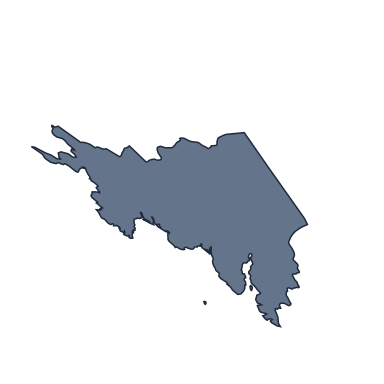 map outline of Norðurland eystra (Equal Earth projection), rotated 219°
{"feature_id": "ISL-702", "entity_name": "Norðurland eystra", "entity_type": "Region", "adm_level": 1, "iso_a3": "ISL", "parent_name": "Iceland", "parent_adm1": "", "projection": "equal_earth", "projection_center": [-17.153, 65.518], "detail": "fine", "context": "isolated", "style": "filled", "palette": "slate", "viewbox_px": 384, "rotation_deg": 219, "n_neighbors": 0, "source": "natural_earth", "source_scale": "10m", "svg_char_len": 6032}
<svg xmlns="http://www.w3.org/2000/svg" viewBox="0 0 384 384"><g transform="rotate(219 192 192)"><path d="M38.6,143.0L41.6,141.5L47.7,140.5L49.9,141.0L49.3,143.4L50.7,143.1L53.1,140.9L52.7,139.9L53.9,139.4L55.7,139.6L59.1,140.3L57.4,143.1L57.2,144.2L57.9,144.1L62.9,141.9L64.9,142.1L67.9,143.9L69.1,144.4L69.8,144.9L69.0,146.1L67.0,148.0L68.9,147.9L71.3,146.9L74.8,148.5L76.0,151.3L76.7,152.5L74.9,156.0L75.0,156.6L79.9,157.2L83.1,158.1L88.1,158.4L89.5,159.2L90.7,160.5L92.2,161.0L94.0,164.2L96.4,164.3L96.9,164.6L97.8,166.1L97.6,168.2L97.9,169.0L99.5,171.0L99.4,174.1L99.6,174.6L105.4,177.7L105.1,178.7L105.4,180.0L106.2,181.1L107.3,181.3L108.2,180.3L108.1,179.0L107.6,177.6L106.9,176.7L104.5,175.6L104.2,174.8L105.0,173.5L104.8,171.8L105.1,171.0L106.9,169.9L107.4,168.5L107.2,167.4L105.1,163.8L105.0,162.3L103.7,162.3L101.5,160.3L100.8,160.4L100.0,161.3L99.1,161.0L97.0,159.8L96.3,159.2L96.9,158.2L96.7,157.2L95.8,156.4L93.9,155.8L91.6,153.6L91.7,153.1L92.2,153.1L92.2,152.5L90.3,150.4L89.5,147.0L89.9,143.5L91.8,141.3L92.7,141.2L98.8,141.3L102.3,142.4L106.3,142.4L105.7,142.9L108.3,143.6L115.0,142.8L117.9,143.4L118.5,143.9L119.2,145.4L119.8,146.0L120.5,146.1L123.3,146.0L124.4,146.3L126.6,147.7L128.8,148.3L131.5,150.2L132.3,151.0L133.4,153.2L134.2,154.2L136.4,154.9L137.5,155.7L139.3,157.2L141.6,160.3L142.6,161.3L142.8,159.8L142.3,158.7L140.7,156.6L143.6,156.5L146.3,155.6L140.0,155.8L138.4,155.1L149.2,155.1L150.0,155.4L151.5,157.6L151.9,157.6L152.3,156.6L152.1,156.0L151.5,155.6L151.5,155.1L153.1,154.2L153.5,153.5L153.3,152.5L154.4,152.0L155.2,151.0L155.2,148.5L156.1,147.5L157.8,146.5L162.2,145.1L162.6,144.2L162.7,143.3L162.4,142.9L161.7,142.7L162.0,142.2L163.4,141.1L165.2,140.3L169.4,139.6L170.1,138.3L171.9,139.0L178.8,139.3L180.6,139.9L184.6,144.4L184.6,145.5L183.7,145.5L183.7,146.0L185.3,146.4L186.2,146.4L187.0,146.0L185.5,145.5L187.9,144.6L196.5,143.6L199.0,143.9L196.9,144.1L194.8,144.9L195.7,145.2L196.9,146.3L197.4,146.2L199.6,144.1L200.4,143.9L202.4,144.8L205.3,147.2L207.5,147.4L207.5,147.0L205.3,146.3L203.5,145.2L203.0,144.2L202.7,142.9L201.4,142.4L204.5,141.4L209.1,140.7L211.9,139.9L213.5,139.9L207.5,141.4L205.6,142.4L211.6,141.3L213.0,141.3L214.7,142.0L217.3,143.8L219.1,143.9L219.1,143.4L216.7,142.3L215.5,141.4L214.9,140.6L215.2,139.5L215.9,138.5L218.1,137.3L218.1,136.9L219.3,135.2L219.5,134.5L219.3,133.4L217.1,131.2L215.6,130.4L215.3,128.7L213.4,128.1L212.9,127.5L213.4,126.2L212.5,126.2L213.4,125.1L212.6,124.6L212.0,123.7L213.4,123.7L213.4,123.2L212.2,122.4L210.9,120.1L209.0,119.1L209.6,118.1L211.0,117.2L212.4,117.1L212.8,117.5L213.1,118.5L213.8,118.6L214.8,116.9L217.6,116.2L218.7,116.3L218.7,116.8L218.4,117.6L218.6,118.3L219.9,119.1L219.4,117.6L223.1,116.6L225.6,118.0L226.8,118.1L225.4,118.6L226.6,119.1L229.6,118.6L229.6,118.1L231.8,116.4L232.4,117.4L233.2,117.6L233.9,117.1L234.5,115.7L236.6,115.1L238.4,115.1L242.3,115.8L246.2,115.0L252.0,117.5L255.2,118.1L254.3,118.8L252.4,119.5L252.0,120.6L252.9,120.6L252.9,121.1L251.5,121.6L252.9,122.7L252.1,123.3L255.5,123.2L258.2,123.4L259.4,123.2L259.0,124.7L265.5,124.7L266.7,124.9L267.8,125.4L268.5,126.0L268.3,127.2L269.7,129.2L266.9,131.5L265.3,132.5L263.3,133.2L264.2,134.3L265.0,133.9L266.8,134.5L269.1,135.0L269.3,135.5L268.5,137.3L269.5,137.7L274.5,137.8L276.9,137.3L277.7,137.4L278.8,138.3L280.1,137.8L280.3,138.6L280.7,139.3L281.4,139.7L283.3,140.1L287.6,141.9L288.9,142.9L290.3,143.5L291.9,142.9L291.3,142.8L290.9,142.4L292.1,142.0L293.0,141.2L293.5,140.0L293.7,138.5L293.0,136.0L293.5,135.3L295.5,134.8L303.8,134.8L308.6,134.0L309.4,132.2L314.1,130.8L314.9,129.9L315.3,128.8L316.5,127.9L320.9,126.1L326.7,125.7L328.3,125.9L330.9,126.9L332.5,127.2L345.4,126.2L342.3,127.8L330.3,130.2L325.0,132.0L318.7,132.7L316.6,133.5L315.0,134.8L317.5,135.4L317.8,136.0L320.5,138.2L319.4,140.3L318.8,140.9L312.4,143.7L311.2,143.9L307.0,144.0L305.2,144.8L304.0,146.4L307.2,147.4L311.2,147.5L312.1,148.1L312.5,149.5L309.7,150.5L311.2,151.0L318.8,151.1L323.3,152.0L326.4,151.9L331.9,149.6L335.4,149.5L337.0,149.8L338.3,150.5L339.3,151.6L339.7,153.3L340.2,154.2L342.1,154.6L342.5,154.9L342.7,155.7L339.4,156.1L337.4,158.9L309.6,160.5L308.0,162.1L305.2,163.5L301.2,164.9L295.1,165.4L294.2,167.1L293.6,167.6L288.2,169.4L286.6,170.5L286.1,171.6L270.6,173.8L270.1,174.8L270.1,176.5L270.9,177.8L271.1,180.3L271.9,182.9L271.9,183.5L270.3,185.9L269.7,188.4L247.6,186.5L246.7,186.6L246.1,186.9L245.7,187.4L245.1,189.8L243.4,192.4L241.7,194.0L239.7,194.5L237.5,196.2L236.9,197.0L236.6,197.8L236.7,198.5L237.6,199.4L242.9,201.1L244.2,201.9L246.2,203.4L246.9,204.9L246.5,206.0L245.1,207.8L240.1,209.8L238.0,211.8L236.1,213.1L235.3,214.2L234.8,215.8L235.0,216.5L234.8,217.6L235.0,220.9L233.6,224.9L233.9,225.5L235.2,225.9L235.1,226.3L234.6,227.0L231.9,228.8L225.7,230.1L222.8,231.6L218.4,234.4L212.7,234.8L208.7,235.8L206.9,235.8L206.6,236.1L205.7,238.2L205.7,238.6L206.1,239.5L206.0,240.2L204.5,241.4L202.7,243.3L202.4,244.0L202.5,244.6L204.5,247.3L205.5,249.9L205.4,251.2L203.5,255.3L201.9,258.1L188.8,271.0L149.6,259.6L88.2,242.3L81.8,239.4L84.9,233.2L86.9,226.7L87.2,222.9L86.9,219.1L85.6,214.4L85.1,213.6L84.0,212.7L77.4,210.6L74.4,209.0L73.2,208.0L72.3,206.8L71.5,204.2L71.1,203.4L70.6,203.0L64.4,202.3L63.1,201.3L62.7,199.8L62.1,199.0L58.4,197.6L58.1,197.3L58.1,196.6L59.5,195.1L59.6,193.6L62.0,191.9L62.1,191.3L61.6,190.6L56.8,188.4L53.5,188.0L51.5,186.6L49.8,186.2L48.9,185.5L48.8,185.2L49.1,184.6L50.9,183.6L51.3,182.5L52.5,181.5L52.9,179.9L53.6,179.4L56.5,178.4L57.2,177.6L57.1,176.9L57.0,176.5L55.5,175.3L55.3,174.9L55.7,173.8L55.6,173.3L54.1,171.4L52.8,170.6L51.4,170.3L48.1,168.7L45.0,167.6L44.4,166.6L44.5,165.8L45.0,164.9L45.7,164.4L50.0,163.7L52.8,161.7L53.1,161.2L53.2,160.0L52.7,158.9L49.9,157.5L50.4,157.0L51.8,156.4L51.9,154.7L53.7,153.8L53.7,153.3L52.8,152.4L46.5,148.8L42.1,144.3L38.6,143.0ZM86.0,153.8L87.6,155.2L87.5,156.1L86.6,156.3L85.2,155.9L84.8,155.5L83.7,152.9L84.1,152.7L86.0,153.8ZM111.6,113.0L113.8,114.2L113.5,114.8L112.2,115.3L111.1,114.4L110.9,113.2L111.6,113.0Z" fill="#64748b" stroke="#1e293b" stroke-width="1.5"/></g></svg>